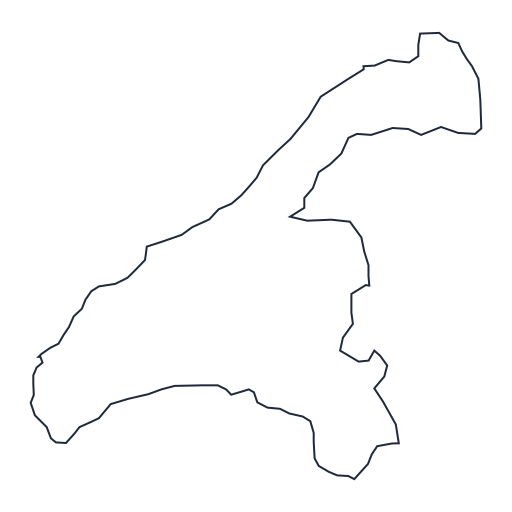 outline of Gislaved, Jönköping, Sweden
{"feature_id": "70781695B29714549657152", "entity_name": "Gislaved", "entity_type": "district", "adm_level": 2, "iso_a3": "SWE", "parent_name": "Sweden", "parent_adm1": "Jönköping", "projection": "natural_earth1", "projection_center": [13.556, 57.316], "detail": "fine", "context": "isolated", "style": "outline", "palette": "slate", "viewbox_px": 512, "rotation_deg": 0, "n_neighbors": 0, "source": "geoboundaries", "source_scale": "gbopen_adm2", "svg_char_len": 1736}
<svg xmlns="http://www.w3.org/2000/svg" viewBox="0 0 512 512"><path d="M354.3,479.1L368.0,463.9L371.8,454.3L377.2,446.2L391.8,443.5L398.8,443.3L395.8,424.4L382.9,401.4L374.3,388.4L384.3,376.5L387.2,365.5L380.0,355.6L374.3,350.6L368.6,360.6L358.6,361.6L340.1,350.6L342.9,337.7L352.9,323.8L351.4,312.8L351.4,294.0L365.7,285.1L369.3,285.6L368.5,276.1L368.5,265.2L364.2,251.4L361.4,237.5L349.9,221.7L331.4,219.7L307.2,220.7L290.1,216.7L304.3,207.8L304.3,198.0L312.9,188.1L318.6,172.3L330.0,164.4L341.3,153.6L348.5,137.8L357.0,133.9L371.2,134.9L392.6,128.0L408.2,129.0L421.1,134.9L441.0,127.0L458.1,132.9L475.1,133.9L481.3,128.5L480.3,99.5L478.4,78.8L472.0,66.2L466.6,58.7L462.0,51.1L458.3,43.0L448.3,40.5L439.2,32.9L420.1,33.6L418.3,44.9L418.3,56.2L409.2,62.4L396.5,61.2L388.3,59.9L374.6,65.6L363.5,66.2L363.7,69.3L348.1,79.0L320.7,96.7L308.4,117.2L290.4,139.0L278.1,150.3L263.0,165.3L256.6,177.8L249.0,186.7L241.4,195.2L231.5,203.7L218.6,209.3L209.3,219.4L192.3,227.1L181.8,234.8L162.0,241.7L146.8,246.6L145.7,255.2L145.0,260.0L135.7,269.7L127.5,277.8L115.2,283.9L98.9,286.4L91.3,291.2L85.4,299.8L81.9,308.7L73.7,316.4L69.0,327.0L63.7,334.8L58.5,343.7L50.3,347.8L41.5,353.9L38.5,356.9L40.4,356.9L42.5,362.6L36.6,367.5L33.3,375.4L33.3,383.6L33.8,394.9L31.5,400.8L30.7,402.9L34.9,415.3L46.7,427.1L50.9,438.3L55.9,442.4L66.0,443.0L74.5,433.5L79.5,427.1L91.3,421.8L98.9,418.2L110.7,404.1L128.4,398.8L148.6,394.1L161.3,389.4L174.7,385.9L203.4,385.3L217.7,385.3L226.1,389.4L231.2,394.7L241.3,391.7L248.8,389.4L253.9,392.3L257.3,402.3L267.4,407.6L280.0,408.8L289.3,413.5L302.7,416.5L310.3,421.2L313.7,432.9L313.7,441.8L314.6,458.3L318.8,466.0L328.9,471.9L337.3,475.4L348.3,476.0L354.3,479.1Z" fill="none" stroke="#1e293b" stroke-width="2"/></svg>